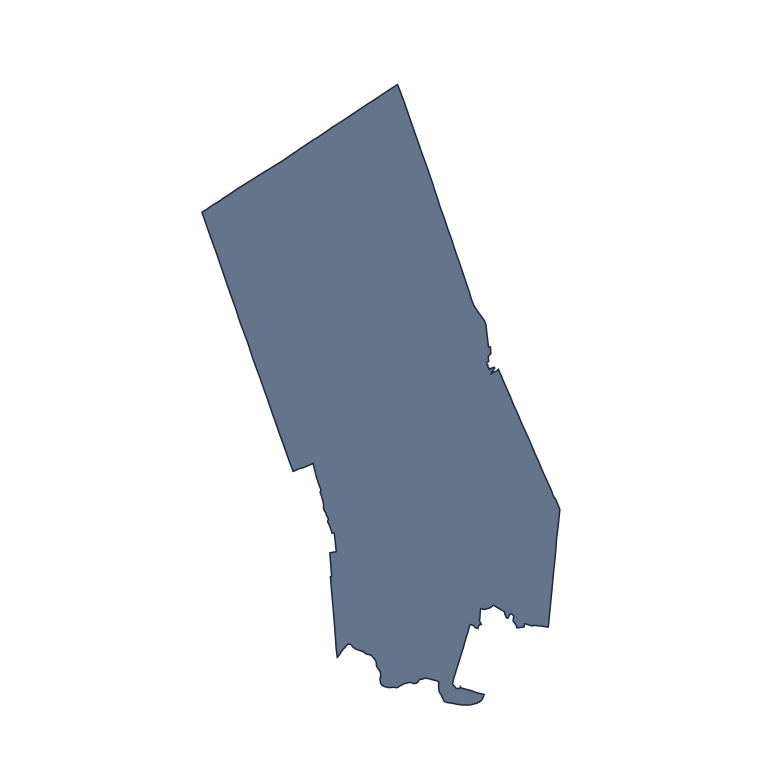 outline of Crampoia, Olt, Romania, rotated 104°
{"feature_id": "2599482B54660025381406", "entity_name": "Crampoia", "entity_type": "district", "adm_level": 2, "iso_a3": "ROU", "parent_name": "Romania", "parent_adm1": "Olt", "projection": "robinson", "projection_center": [24.737, 44.294], "detail": "fine", "context": "isolated", "style": "filled", "palette": "slate", "viewbox_px": 768, "rotation_deg": 104, "n_neighbors": 0, "source": "geoboundaries", "source_scale": "gbopen_adm2", "svg_char_len": 6144}
<svg xmlns="http://www.w3.org/2000/svg" viewBox="0 0 768 768"><g transform="rotate(104 384 384)"><path d="M261.4,602.2L282.7,588.3L298.2,577.8L309.8,570.4L315.3,566.8L328.2,558.6L329.6,557.5L332.1,556.0L348.6,544.9L349.8,544.3L353.0,542.3L356.0,540.6L361.5,536.9L367.0,533.0L370.1,531.0L372.7,529.1L377.4,525.9L392.1,516.8L394.9,514.8L398.0,512.8L399.8,511.5L408.8,505.3L411.6,503.6L416.1,500.5L421.3,497.2L425.9,494.0L429.5,491.7L439.7,485.2L446.6,480.5L455.5,474.8L468.0,466.4L482.4,456.9L490.8,451.0L488.7,448.1L486.7,446.0L486.3,445.3L486.0,444.5L484.8,442.1L478.3,433.5L481.4,432.0L490.9,426.9L496.4,423.5L500.0,421.0L500.5,420.6L501.4,419.9L502.7,419.6L504.5,419.8L504.8,419.7L505.3,419.4L507.7,417.6L509.9,416.5L512.3,415.1L515.0,413.8L516.7,413.1L518.4,413.0L519.1,412.6L519.5,412.1L520.7,411.9L521.2,411.5L521.6,411.1L523.1,409.1L523.7,408.9L524.3,408.7L525.4,408.1L525.7,407.8L526.6,406.8L528.3,405.4L528.7,405.3L529.0,405.2L530.0,405.4L531.4,405.3L532.1,404.8L533.1,403.7L540.0,399.0L541.3,398.5L540.9,397.8L540.7,396.2L554.5,391.1L558.3,389.8L560.8,395.6L561.0,395.7L578.4,389.9L583.4,388.3L584.0,389.4L586.7,388.4L586.7,388.1L588.9,387.7L589.8,387.4L601.9,383.3L607.2,381.4L621.7,376.5L623.6,375.8L637.7,371.2L649.8,367.2L651.5,366.7L660.5,363.3L660.1,362.9L657.9,361.8L656.1,361.3L652.4,360.0L650.9,359.3L650.3,358.8L649.4,358.2L647.6,357.4L647.3,357.3L646.7,356.9L645.9,356.7L645.6,356.4L645.0,355.9L644.8,353.8L644.9,353.3L645.3,352.3L645.3,352.1L646.2,351.3L646.7,350.6L647.2,349.6L648.1,347.1L648.2,345.3L648.5,343.5L648.7,339.2L649.2,338.6L649.3,338.1L649.9,337.0L650.3,336.0L650.3,335.6L650.3,334.7L650.2,331.4L650.4,330.7L650.5,330.2L650.6,329.9L652.0,328.4L652.7,327.5L653.3,326.3L653.5,326.1L655.3,324.6L656.5,324.0L658.8,323.3L659.3,323.1L659.8,322.7L661.5,321.1L663.2,319.0L664.7,317.8L665.6,317.3L667.8,316.7L671.0,316.5L673.3,315.8L674.5,315.2L675.6,314.5L676.4,313.6L676.7,313.2L677.2,311.7L677.6,309.9L677.4,308.8L677.6,306.9L677.5,306.5L677.2,305.3L677.1,304.6L676.2,302.1L675.9,301.1L675.7,299.0L675.6,298.2L675.2,297.5L674.9,297.1L673.8,296.1L672.7,295.2L671.2,293.2L670.1,292.0L669.5,291.1L668.4,288.9L667.5,287.7L667.2,286.1L667.2,285.3L667.4,283.3L667.4,282.2L666.7,280.6L666.4,280.2L666.0,279.7L664.5,278.7L662.6,278.3L662.0,277.9L661.7,277.2L661.5,276.1L660.4,274.4L659.7,273.3L659.1,272.2L659.4,270.3L659.3,269.6L659.0,268.5L659.3,265.8L659.2,262.6L659.2,260.8L659.5,260.1L660.1,258.7L660.3,258.4L661.7,258.4L662.9,258.3L668.1,256.5L669.1,256.0L669.8,255.5L670.6,254.8L671.3,253.9L672.6,252.7L673.8,251.9L674.5,251.0L674.8,250.7L675.9,250.2L677.0,249.2L677.3,248.7L677.5,248.0L677.8,246.0L677.8,244.7L677.8,244.4L677.5,243.6L677.4,241.9L677.3,241.4L677.2,239.4L677.2,237.7L677.2,236.6L676.5,229.9L675.8,227.6L675.5,225.7L674.6,222.9L673.1,219.9L672.4,218.9L671.9,217.7L671.5,216.9L671.2,216.4L670.6,215.9L670.1,215.8L669.5,214.3L668.8,214.2L667.8,213.1L665.0,212.1L661.2,211.6L660.9,212.4L661.0,213.2L661.1,215.8L661.0,219.6L660.4,225.0L660.3,234.3L660.1,235.5L659.9,236.0L659.3,236.7L660.5,236.5L661.3,237.8L661.7,239.2L661.8,239.8L661.8,240.2L661.6,240.6L661.3,241.1L660.1,242.5L659.2,244.2L658.8,244.6L658.4,244.9L656.3,245.0L652.8,245.1L620.1,243.2L611.8,243.0L608.6,242.9L606.1,242.6L598.0,242.4L596.7,242.1L596.4,241.9L596.4,241.4L596.7,239.1L596.9,238.6L597.3,237.9L597.8,237.4L598.1,236.8L598.5,235.7L598.5,235.2L598.5,233.7L595.1,233.5L594.1,233.1L594.0,231.4L593.9,231.3L592.1,232.7L591.3,233.6L589.6,234.4L589.3,234.2L588.1,234.3L582.8,235.3L579.3,235.8L578.5,235.8L578.3,235.3L578.3,234.8L578.4,234.1L578.7,232.8L578.7,232.5L578.5,231.8L577.2,229.9L576.2,228.0L575.5,226.9L575.0,226.4L573.8,225.6L572.8,224.9L572.5,224.0L572.4,223.5L574.8,215.6L575.7,212.1L576.1,211.8L576.7,211.8L578.0,211.1L580.4,209.4L581.1,208.9L581.3,208.5L581.4,208.1L581.4,207.6L581.3,207.2L580.9,206.9L578.0,206.5L577.0,206.0L576.5,205.6L576.4,205.3L576.4,204.8L576.7,203.7L577.2,202.6L577.8,202.0L580.9,201.7L583.0,201.2L585.8,197.6L587.1,196.8L588.5,196.2L586.6,191.0L586.2,189.9L585.8,189.3L585.3,189.3L583.3,189.5L582.8,189.5L582.6,189.3L582.4,188.6L582.6,187.6L582.9,183.8L582.8,181.8L582.8,181.2L581.9,180.3L580.8,172.1L580.3,166.4L579.9,165.8L540.7,171.6L523.2,174.3L511.9,175.8L507.9,176.5L503.4,177.1L496.0,178.5L493.0,179.0L477.7,180.9L464.6,182.8L463.8,182.9L462.7,183.3L461.4,184.3L454.7,189.2L453.9,189.9L453.6,190.5L452.7,191.6L450.9,193.1L449.7,194.0L448.1,194.9L446.8,195.8L443.5,198.4L442.0,199.7L437.6,203.1L429.2,209.8L422.4,214.7L415.8,220.0L402.6,229.9L396.5,234.7L392.1,238.3L386.2,242.9L382.1,245.8L378.5,248.6L374.3,252.1L367.2,257.3L364.9,258.8L363.2,260.4L354.8,266.8L351.7,269.3L349.3,270.9L342.0,276.6L342.9,277.1L344.2,277.8L345.7,280.4L346.3,281.0L347.3,281.7L347.9,282.3L346.4,282.1L344.5,281.7L344.3,281.5L343.5,281.3L342.0,280.4L341.3,280.8L341.1,281.0L341.2,281.4L341.8,282.1L342.9,284.1L343.3,284.4L344.0,284.7L344.4,285.0L344.4,285.3L344.2,285.6L343.2,285.9L343.0,286.2L342.9,286.7L342.8,287.1L342.1,287.4L341.0,287.5L340.7,287.7L339.9,289.0L339.2,289.3L338.4,289.4L337.7,289.2L337.2,288.1L337.0,287.9L336.5,287.9L336.0,288.0L334.7,288.6L332.6,289.3L331.9,289.4L331.3,289.2L329.4,288.1L328.7,287.6L327.0,288.3L323.5,289.2L322.3,289.8L322.5,290.5L322.9,291.1L322.7,291.6L319.3,292.9L302.2,299.3L301.0,299.9L298.8,301.4L297.2,303.0L292.0,309.3L288.7,313.0L286.3,315.5L285.6,316.2L284.7,316.8L281.5,319.1L279.2,320.5L275.2,322.8L260.8,332.0L246.8,340.9L240.9,344.9L236.5,347.7L227.7,353.1L218.0,359.7L211.5,363.7L205.1,367.9L203.5,369.1L197.6,373.0L189.5,377.9L185.6,380.5L177.8,385.2L160.1,396.7L148.5,404.6L142.9,408.1L131.8,415.5L104.9,433.0L91.8,442.1L90.2,443.4L97.7,450.5L109.7,461.4L115.8,467.2L135.4,485.0L139.8,489.0L145.3,494.3L147.0,496.1L147.7,496.8L149.3,497.9L159.7,507.1L162.9,510.1L164.3,511.7L171.2,518.0L173.0,519.6L175.9,522.4L179.4,525.2L181.4,527.2L186.0,531.2L187.9,532.9L193.2,537.6L195.2,539.7L204.1,548.3L205.4,549.8L209.9,554.0L211.5,555.7L217.0,560.8L218.8,562.6L229.7,573.2L231.6,574.9L235.7,578.4L243.2,585.5L243.9,585.9L245.3,587.0L251.1,592.8L254.5,595.9L257.9,598.7L260.4,601.4L261.4,602.2Z" fill="#64748b" stroke="#1e293b" stroke-width="1.5"/></g></svg>